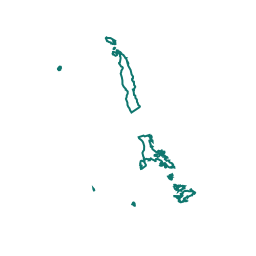 the border of Palawan, rotated 118°
{"feature_id": "PHL-2534", "entity_name": "Palawan", "entity_type": "Province", "adm_level": 1, "iso_a3": "PHL", "parent_name": "Philippines", "parent_adm1": "", "projection": "albers", "projection_center": [119.135, 9.647], "detail": "fine", "context": "isolated", "style": "outline", "palette": "teal", "viewbox_px": 256, "rotation_deg": 118, "n_neighbors": 0, "source": "natural_earth", "source_scale": "10m", "svg_char_len": 5762}
<svg xmlns="http://www.w3.org/2000/svg" viewBox="0 0 256 256"><g transform="rotate(118 128 128)"><path d="M112.7,132.2L111.2,134.7L110.0,135.9L109.3,137.5L108.0,139.2L105.8,140.5L103.3,143.5L101.3,143.7L99.8,144.4L97.8,144.4L95.9,145.4L95.3,147.3L95.3,148.0L94.7,148.1L93.5,151.3L92.0,153.4L88.6,155.3L86.2,157.2L83.4,160.0L81.9,160.2L80.5,160.8L77.9,160.6L77.1,161.0L76.8,161.7L76.9,163.1L75.7,165.0L75.3,166.1L74.7,166.4L74.4,165.9L74.0,165.9L69.8,167.3L68.9,167.9L68.4,168.8L67.3,169.2L66.6,170.2L64.9,171.8L64.6,171.7L64.6,170.4L65.1,169.0L65.7,168.4L65.7,166.3L66.1,165.9L66.3,165.1L67.3,163.3L67.1,162.6L67.6,162.8L68.0,161.6L70.1,159.7L69.6,159.7L70.3,158.6L70.9,158.0L72.2,157.6L72.8,157.2L75.6,152.9L79.1,149.9L80.2,147.7L82.0,146.9L82.3,147.4L82.6,147.5L83.7,147.0L84.7,145.1L84.4,144.5L87.2,142.8L87.9,141.2L88.4,140.9L90.5,141.0L91.2,140.7L91.2,141.4L91.7,141.8L93.4,139.9L96.0,138.2L96.0,136.8L98.0,135.5L98.7,133.6L100.8,132.2L101.4,131.1L102.6,130.0L103.0,129.5L103.0,128.3L103.5,127.6L104.2,127.6L112.7,132.2ZM124.4,106.1L125.5,105.8L125.4,105.3L125.8,104.5L125.2,104.2L124.1,104.6L123.9,104.2L124.0,103.8L124.7,102.9L125.6,102.5L127.0,103.1L127.4,102.0L128.2,101.9L127.4,101.0L127.5,100.5L128.6,99.8L128.4,100.5L128.8,102.9L129.1,103.2L129.7,102.8L130.6,101.9L131.1,101.0L131.9,100.6L132.2,99.9L133.3,99.6L133.8,99.1L132.8,98.0L132.9,97.5L133.5,97.8L134.2,97.5L135.2,96.4L136.0,91.9L135.9,91.5L135.1,90.3L134.6,90.3L134.3,90.6L133.7,90.3L133.4,88.5L132.0,87.7L133.1,86.3L132.2,85.5L132.5,84.9L132.0,84.6L132.3,84.3L132.8,84.3L132.9,85.1L133.1,85.1L133.4,84.7L133.6,85.1L134.3,84.9L133.8,85.6L134.3,86.5L133.6,86.5L133.8,86.8L135.0,86.7L134.7,87.4L135.6,88.6L136.1,88.3L136.2,89.0L137.4,89.6L138.0,90.6L138.4,90.4L139.3,91.8L140.0,91.6L140.0,91.0L139.1,89.5L139.7,88.3L138.4,87.3L136.8,87.1L136.3,86.7L136.1,86.1L136.5,84.9L135.3,84.9L135.2,84.6L135.2,82.6L135.4,81.9L135.6,81.9L135.9,82.5L136.5,82.6L135.4,80.5L135.4,79.6L135.7,79.2L137.1,80.8L138.0,81.0L138.3,80.8L138.4,79.4L138.9,78.6L137.8,77.3L137.4,76.4L137.8,76.4L138.3,76.1L138.8,75.0L138.5,72.7L138.6,72.1L139.1,71.3L139.4,71.6L140.2,70.7L140.6,68.9L141.2,68.5L141.8,71.3L142.4,71.8L142.8,71.3L143.3,72.5L143.4,73.9L143.1,75.3L141.6,78.7L142.0,79.5L143.1,80.7L143.5,82.1L143.1,82.6L141.9,82.1L141.7,82.2L141.3,83.6L141.5,85.1L141.3,86.5L142.2,88.7L142.9,88.7L144.2,88.1L144.5,88.5L144.2,89.8L144.4,92.1L144.1,93.6L144.6,93.8L146.2,93.5L146.7,94.3L145.5,94.3L145.8,95.2L146.2,95.6L146.5,97.0L146.8,97.6L148.2,98.3L148.5,98.8L148.0,99.6L146.7,100.0L146.0,101.1L143.2,103.6L141.2,103.7L139.9,103.5L136.4,105.2L134.1,107.4L133.1,108.7L132.5,110.2L131.9,113.4L131.1,114.3L127.4,110.7L127.6,109.3L124.4,106.1ZM168.9,48.1L168.9,48.8L168.2,49.2L167.7,49.3L166.5,49.0L165.3,49.5L164.1,48.8L163.7,49.0L163.6,48.5L162.1,48.1L161.9,48.4L162.1,48.8L161.9,49.9L161.4,49.8L161.2,50.2L160.2,49.0L158.7,49.3L157.5,48.7L156.9,48.2L156.5,47.3L155.6,46.2L155.3,44.6L154.0,42.2L153.3,42.8L152.9,43.8L152.5,43.5L153.1,42.6L153.3,40.7L154.9,39.8L154.1,39.8L153.5,40.1L153.4,38.8L153.7,38.3L155.0,38.5L155.3,39.8L157.6,40.3L160.1,42.4L161.2,42.6L160.6,42.9L160.5,43.5L161.3,43.5L163.9,45.3L164.2,44.8L164.8,44.9L164.8,41.7L165.0,41.8L165.7,42.9L165.7,44.3L165.9,44.7L166.8,44.5L167.0,45.1L167.3,44.9L168.7,46.4L168.8,47.3L167.9,47.9L167.8,48.3L167.9,48.5L168.4,48.1L168.6,48.3L168.9,48.1ZM157.6,52.1L159.2,53.4L160.2,53.8L159.1,54.0L159.2,54.8L158.8,55.2L158.8,55.5L159.5,55.6L160.1,56.2L159.2,57.1L159.7,57.8L159.0,58.9L158.0,59.8L157.0,59.8L156.4,60.4L156.0,59.8L155.9,58.8L156.1,58.0L157.0,58.7L156.7,57.8L157.5,56.9L157.6,56.4L157.4,55.9L157.0,56.2L156.7,55.9L156.6,56.7L156.2,57.0L155.2,56.6L154.6,55.3L154.3,55.0L154.9,54.5L153.4,52.7L152.7,50.6L153.9,51.1L154.0,50.4L154.3,49.9L154.8,49.7L155.1,50.4L156.3,51.1L156.1,51.5L158.5,51.6L158.3,51.9L157.6,52.1ZM153.0,94.6L157.6,96.7L158.0,97.2L157.3,97.5L157.4,98.0L157.1,98.3L156.5,98.4L156.0,98.2L155.7,98.9L154.6,97.5L155.0,99.5L154.8,100.0L153.8,100.1L153.6,100.6L151.7,101.1L151.2,101.2L150.6,100.8L150.3,99.6L150.3,98.2L149.9,98.4L149.4,98.1L150.9,96.9L152.2,94.8L153.0,94.6ZM61.1,181.1L60.9,182.0L61.3,182.6L60.6,183.3L61.1,185.7L60.8,186.9L61.1,187.3L60.1,188.5L59.0,189.0L59.3,189.6L59.1,189.8L58.5,189.7L58.1,189.5L58.3,188.9L58.1,188.4L56.8,185.6L57.0,180.9L57.4,181.2L57.7,182.1L58.1,182.1L58.7,180.9L60.8,180.7L61.1,181.1ZM68.9,172.0L70.1,172.9L69.9,174.9L70.2,175.7L69.7,176.5L69.3,176.6L68.9,176.4L67.9,176.9L67.5,176.1L67.3,174.1L67.6,172.6L67.7,172.3L68.3,172.4L68.9,172.0ZM153.1,65.3L153.4,66.6L153.2,67.9L152.0,69.9L151.7,69.6L151.6,69.2L152.0,68.3L150.8,68.1L150.4,68.8L150.0,69.0L149.5,68.3L148.8,68.0L148.7,67.3L148.2,67.2L148.6,66.6L150.0,67.9L150.3,67.6L150.5,66.1L151.4,67.2L151.7,66.8L152.0,67.2L152.4,66.2L152.3,65.8L151.8,65.6L152.5,65.2L153.1,65.3ZM109.2,216.5L108.6,216.3L109.0,217.4L108.6,217.7L108.1,217.7L106.1,217.3L105.8,217.1L105.5,216.1L106.5,215.3L107.1,215.5L108.3,215.1L109.0,215.5L109.4,216.3L109.2,216.5ZM166.8,51.4L166.1,51.9L166.4,52.5L166.1,53.7L166.6,55.0L166.3,55.2L164.1,50.8L166.3,50.1L166.7,50.5L166.8,51.4ZM193.5,85.5L193.6,86.7L193.1,87.8L193.3,88.4L191.6,88.5L191.1,88.0L191.5,86.8L193.3,85.5L193.5,85.5ZM145.4,80.3L145.9,81.2L146.0,82.1L145.4,82.0L144.8,82.4L144.7,81.8L143.7,81.1L143.7,79.4L145.4,80.3ZM66.4,172.5L67.0,172.3L67.1,173.0L65.4,174.2L64.6,174.3L64.3,173.4L66.4,171.6L66.1,172.2L66.4,172.5ZM59.3,180.7L58.6,179.8L58.1,179.6L59.8,178.5L60.2,178.9L60.5,180.1L59.3,180.7ZM144.8,75.9L145.3,76.3L145.3,76.8L144.0,77.9L143.4,77.8L143.5,76.6L144.8,75.9ZM63.4,177.0L64.6,177.1L65.1,177.5L65.1,177.8L64.4,178.0L63.6,177.8L63.3,177.3L63.4,177.0ZM199.0,128.3L199.2,128.6L198.5,129.6L197.7,130.2L198.1,129.2L198.6,128.9L199.2,127.9L199.0,128.3Z" fill="none" stroke="#0f766e" stroke-width="2"/></g></svg>